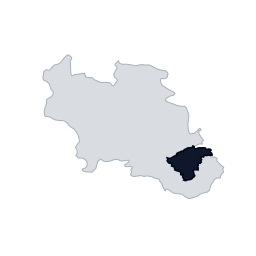 Južno-Backi on a map of Republic of Serbia (Albers equal-area conic projection), rotated 155°
{"feature_id": "SRB-1059", "entity_name": "Južno-Backi", "entity_type": "District", "adm_level": 1, "iso_a3": "SRB", "parent_name": "Republic of Serbia", "parent_adm1": "", "projection": "albers", "projection_center": [19.57, 45.457], "detail": "fine", "context": "in_parent", "style": "filled", "palette": "ink", "viewbox_px": 256, "rotation_deg": 155, "n_neighbors": 0, "source": "natural_earth", "source_scale": "10m", "svg_char_len": 6461}
<svg xmlns="http://www.w3.org/2000/svg" viewBox="0 0 256 256"><g transform="rotate(155 128 128)"><path d="M141.2,98.7L146.7,100.3L149.2,101.9L150.5,103.9L154.0,105.2L159.7,105.8L163.7,107.8L166.0,111.4L169.6,110.4L174.4,104.8L179.2,103.2L184.1,105.7L186.8,107.7L187.3,109.3L186.3,110.1L183.6,109.8L181.4,110.9L179.7,113.4L179.6,115.9L180.9,118.6L182.7,120.4L184.9,121.3L186.2,122.7L186.4,124.5L187.0,124.9L185.7,125.8L184.4,127.1L183.7,129.2L183.7,132.7L179.4,135.5L177.8,136.1L177.1,137.9L176.2,142.9L176.5,146.7L177.1,148.6L177.4,150.2L178.9,152.1L180.3,155.0L181.3,158.9L183.3,161.8L188.3,164.6L190.7,166.2L192.6,168.6L194.1,170.9L198.2,173.7L198.0,175.9L197.2,178.0L196.3,179.0L194.4,181.8L192.5,183.4L189.5,188.3L184.4,188.8L183.2,189.2L181.3,190.6L180.5,193.0L181.4,194.9L181.4,196.8L180.6,200.6L182.0,204.6L183.9,206.3L184.2,207.4L184.0,209.3L181.4,213.2L180.7,214.6L178.0,215.4L177.0,215.1L175.6,213.8L174.3,213.5L171.1,215.2L167.9,216.2L165.2,215.6L162.7,215.5L160.9,216.2L159.6,216.5L157.0,218.2L152.9,219.6L150.9,219.4L150.2,217.8L149.3,215.6L149.7,214.6L152.4,212.8L152.7,211.1L156.3,202.9L157.0,200.3L157.0,199.4L156.0,198.9L153.9,199.0L144.4,195.9L144.8,192.1L142.0,190.2L139.0,188.4L138.4,186.4L135.1,182.4L132.6,180.2L129.6,179.1L126.9,177.5L125.3,176.5L124.6,174.6L124.5,173.5L123.7,172.4L122.5,172.6L120.3,174.1L117.7,175.4L117.3,176.4L118.2,178.6L118.9,180.0L118.7,181.4L117.8,183.1L112.8,187.0L112.2,188.3L113.2,190.5L112.6,191.5L108.3,192.9L108.4,191.7L108.2,189.9L105.7,187.9L102.2,186.4L94.5,181.1L91.6,180.4L88.9,179.8L85.1,177.3L83.2,176.9L81.1,175.0L76.4,168.9L72.4,165.6L69.7,163.9L69.0,162.2L68.8,160.5L68.9,160.0L71.0,157.6L72.5,157.2L74.6,157.2L75.9,158.4L77.7,158.6L78.6,157.1L79.1,154.9L78.9,152.0L74.7,145.4L71.1,140.8L70.7,139.7L71.5,138.9L72.8,138.4L74.1,138.8L77.6,139.2L81.0,138.7L82.1,137.6L82.2,136.1L80.9,134.7L77.0,130.9L73.9,127.5L70.3,125.0L67.7,123.9L66.9,122.6L66.6,121.2L66.9,118.7L67.1,115.4L67.7,113.4L70.1,109.5L72.4,105.5L73.9,101.5L74.6,97.9L74.3,96.8L73.1,96.0L70.6,95.2L67.1,95.9L64.1,97.2L63.0,97.3L62.6,95.7L63.1,95.0L64.0,95.1L64.8,95.4L65.6,94.6L66.1,92.4L64.9,84.8L67.1,84.1L67.2,83.0L67.4,82.0L69.7,83.4L72.9,83.4L75.7,83.1L76.1,82.4L76.1,81.3L75.5,80.4L74.5,79.7L73.8,78.7L71.9,78.2L66.0,75.4L63.1,72.5L63.2,69.4L64.1,67.7L65.1,67.1L64.8,66.5L61.5,65.0L60.3,63.0L61.3,60.4L59.6,55.2L57.8,52.0L59.6,50.6L59.9,48.6L60.0,47.5L60.7,47.5L63.6,46.2L64.7,45.1L65.3,43.9L66.0,43.6L67.9,44.9L69.9,45.1L72.2,44.2L73.9,43.0L75.9,42.0L76.9,41.3L78.0,40.3L80.4,37.1L83.1,36.4L86.7,37.2L90.6,37.5L93.5,36.8L100.9,37.7L102.5,38.4L103.5,39.2L105.5,41.9L107.4,45.4L110.0,47.0L113.1,48.9L114.7,50.3L117.1,54.5L119.0,56.5L119.6,56.4L120.2,55.9L120.6,55.4L121.1,55.8L121.1,57.1L121.3,59.9L120.9,63.0L121.6,65.8L121.6,66.7L121.2,67.5L121.3,68.2L121.9,69.0L124.5,70.9L126.9,73.7L129.6,75.7L132.1,77.0L133.7,77.1L136.4,79.4L141.5,81.0L143.2,81.5L144.3,82.5L145.2,83.6L145.3,84.8L144.5,85.4L143.4,87.0L143.0,89.0L142.2,89.5L141.4,89.6L140.8,90.2L140.9,91.0L141.6,91.8L142.7,92.5L144.8,93.2L146.9,94.3L146.8,95.1L146.5,96.1L143.9,96.5L142.0,96.7L141.1,97.1L141.2,98.7Z" fill="#d9dde1" stroke="#a8b0b8" stroke-width="1"/><path d="M63.0,70.4L62.9,69.8L62.8,69.0L63.3,67.8L63.5,67.9L63.5,68.0L63.8,68.4L63.9,68.5L64.0,68.6L64.5,68.4L64.8,68.3L65.0,68.4L65.2,68.6L65.6,68.8L66.0,68.9L66.2,69.0L66.3,69.1L66.3,69.4L66.4,69.5L66.5,69.6L66.8,69.8L67.0,69.8L67.4,69.8L67.5,69.8L67.6,69.7L67.8,69.6L68.0,69.6L68.8,69.9L68.9,70.0L69.0,70.2L69.1,70.3L69.1,70.5L69.2,70.8L69.3,70.9L69.6,70.8L70.1,70.7L70.5,70.6L70.8,70.5L71.1,70.5L71.3,70.5L71.4,70.4L71.4,70.1L71.5,69.9L71.7,69.7L71.8,69.7L72.0,69.8L72.3,70.2L72.4,70.4L72.5,70.5L72.8,70.7L73.0,70.6L73.3,70.5L73.7,70.4L74.0,70.5L74.3,70.5L74.9,70.7L75.0,70.2L75.0,69.9L74.9,69.7L74.7,69.4L74.7,69.2L74.7,68.9L74.6,68.6L74.6,68.3L74.6,68.2L75.1,67.8L75.7,67.5L75.9,67.5L76.1,67.4L76.1,66.9L76.0,66.7L75.9,66.1L76.5,65.9L76.8,65.9L77.0,65.8L77.2,65.6L77.3,65.5L77.5,65.5L78.2,65.9L78.5,66.1L78.8,66.2L79.0,66.1L79.3,65.9L79.5,65.8L79.6,65.7L79.7,65.4L79.9,65.2L80.0,65.0L80.0,64.9L80.0,64.6L80.1,64.3L80.1,64.2L80.3,64.1L80.8,64.1L81.0,64.1L81.3,64.0L81.3,63.9L81.4,63.6L81.5,63.2L81.5,62.9L81.4,62.6L81.3,62.3L81.2,62.3L81.2,62.2L81.3,62.1L81.4,61.7L81.5,61.6L81.8,61.4L81.8,61.2L81.9,60.9L82.2,60.3L82.7,60.6L82.9,60.7L83.1,60.8L83.4,61.1L83.5,61.2L83.7,61.3L83.8,61.3L84.1,61.4L84.3,61.5L84.6,61.6L85.2,62.0L85.4,62.2L85.9,62.1L86.1,62.1L86.3,62.0L86.5,61.8L86.8,61.7L87.0,61.6L87.2,61.4L87.2,61.2L87.2,60.8L87.1,60.6L87.1,60.3L87.1,60.2L87.3,59.7L87.5,59.3L87.7,59.0L87.7,58.9L87.8,58.7L87.8,58.4L87.7,58.3L87.6,58.2L87.8,57.8L87.9,57.6L87.9,57.3L87.9,57.2L87.7,56.9L87.6,56.5L88.1,56.1L88.3,56.0L88.6,56.0L88.9,55.8L89.0,55.8L89.6,55.8L89.9,55.8L90.0,55.7L90.3,55.6L90.6,55.5L91.0,55.1L91.7,55.0L91.8,55.0L92.0,54.9L92.3,54.9L92.6,54.9L92.9,54.9L93.0,54.9L93.4,55.1L93.5,55.1L94.0,55.1L94.5,55.3L94.8,55.4L95.0,55.5L95.3,55.7L95.5,55.8L95.9,55.8L97.5,55.8L98.1,56.0L98.3,56.1L98.5,56.1L98.7,56.4L98.8,56.6L99.0,56.8L99.4,57.1L99.5,57.2L99.1,57.3L98.8,57.6L99.0,58.6L99.2,59.6L99.1,60.6L98.6,61.8L97.9,62.6L97.9,62.9L98.5,63.0L99.4,63.0L99.8,63.1L99.9,63.7L99.8,63.9L99.5,64.3L99.2,64.8L99.0,65.5L99.2,66.0L99.5,66.5L102.6,69.3L103.4,70.4L102.5,72.6L102.9,73.4L104.0,74.5L104.6,75.2L104.2,75.5L104.0,75.9L103.8,76.4L103.6,76.8L104.2,77.7L105.8,79.0L106.2,80.2L106.4,81.3L106.3,82.0L105.4,82.5L105.3,83.2L105.2,83.9L105.1,84.5L104.4,83.8L103.2,82.9L102.0,82.5L98.0,83.0L97.3,82.9L95.4,82.3L95.0,83.0L95.0,83.3L95.2,83.5L95.3,83.6L95.2,83.7L95.2,83.8L94.7,84.1L94.4,84.3L94.0,84.4L93.8,84.4L93.6,84.4L93.0,84.5L92.8,84.5L92.7,84.5L92.6,84.4L92.1,84.4L91.5,84.4L91.4,84.3L91.1,84.3L90.5,84.3L89.9,84.3L89.7,84.3L89.3,84.4L89.2,84.4L88.8,83.9L88.4,83.4L88.1,83.7L87.9,83.9L87.8,84.0L87.7,84.0L87.2,84.1L86.8,84.2L86.6,84.4L85.9,84.6L84.0,84.6L83.6,84.6L83.4,84.6L82.9,84.8L82.7,84.8L82.3,84.7L81.9,84.5L81.5,84.4L81.4,84.4L81.0,84.3L80.9,84.3L80.7,84.2L80.4,84.0L80.3,83.9L80.2,83.9L79.9,83.8L79.7,83.7L78.7,83.4L78.4,83.3L78.3,83.2L78.2,83.1L77.8,83.2L77.7,83.2L77.7,83.3L77.6,83.5L77.3,84.1L77.2,84.2L77.1,84.3L76.9,84.4L76.7,84.3L76.6,84.2L76.4,83.9L76.1,83.5L75.9,83.2L76.2,82.8L76.3,81.7L76.0,80.8L75.4,80.5L72.4,80.2L71.5,79.8L69.4,78.8L68.1,78.3L66.3,77.2L66.2,76.2L66.1,75.8L65.6,75.3L65.1,75.1L64.7,75.0L63.9,75.0L63.4,74.6L63.2,74.3L62.8,74.2L62.2,73.8L62.1,72.8L62.8,72.4L63.7,72.3L64.0,71.7L63.5,70.9L63.0,70.4Z" fill="#0f172a" stroke="#020617" stroke-width="1.5"/></g></svg>